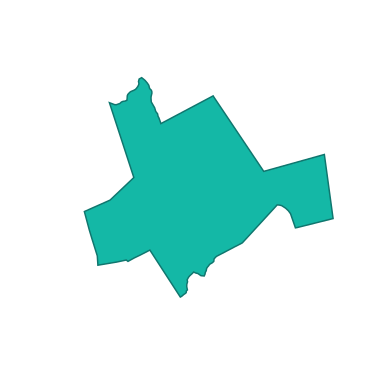 outline of Jerumenha, Piauí, Brazil, rotated 313°
{"feature_id": "56859067B83359970281182", "entity_name": "Jerumenha", "entity_type": "district", "adm_level": 2, "iso_a3": "BRA", "parent_name": "Brazil", "parent_adm1": "Piauí", "projection": "albers", "projection_center": [-43.534, -7.112], "detail": "fine", "context": "isolated", "style": "filled", "palette": "teal", "viewbox_px": 384, "rotation_deg": 313, "n_neighbors": 0, "source": "geoboundaries", "source_scale": "gbopen_adm2", "svg_char_len": 1438}
<svg xmlns="http://www.w3.org/2000/svg" viewBox="0 0 384 384"><g transform="rotate(313 192 192)"><path d="M214.7,81.8L212.9,81.1L211.2,79.7L209.6,79.0L207.6,78.9L204.2,77.1L203.1,75.8L201.0,70.7L162.9,139.6L130.2,137.6L129.0,137.1L104.3,126.6L94.3,142.6L90.1,149.8L80.7,166.3L74.3,173.1L89.4,184.7L97.4,190.3L97.6,192.5L104.6,194.8L110.2,197.0L120.8,200.8L107.2,255.1L108.7,255.6L111.5,255.9L113.2,256.3L114.4,256.4L115.7,255.4L117.3,255.4L118.1,254.2L119.2,252.7L120.3,251.7L121.2,251.0L123.3,250.0L124.5,248.3L127.4,247.6L129.0,247.5L130.6,247.6L132.8,247.8L134.6,247.8L135.3,250.0L136.4,251.9L136.9,255.6L138.9,258.2L140.9,257.5L142.2,256.6L144.1,256.1L146.1,254.8L148.0,254.5L149.3,254.5L150.4,254.3L152.0,254.4L153.5,255.0L156.0,255.3L158.1,253.8L160.4,253.7L161.9,253.9L179.8,260.2L181.1,260.6L182.3,261.1L189.1,263.5L215.9,263.3L240.7,263.1L242.2,265.1L243.2,266.9L244.0,271.4L244.0,275.3L243.3,278.9L236.3,292.1L237.8,293.2L268.8,313.3L309.7,263.2L256.0,230.4L276.3,143.4L276.7,141.9L220.8,122.6L221.6,121.2L223.8,116.9L224.1,115.7L225.7,113.5L226.2,110.5L228.1,107.3L230.1,100.8L232.4,98.3L233.6,97.2L236.9,95.3L238.0,94.2L238.7,92.9L238.8,90.4L240.6,87.6L241.2,85.0L241.6,81.6L241.5,79.7L241.3,77.2L238.6,76.3L236.3,77.5L235.2,79.1L234.2,79.8L232.2,80.4L229.7,80.7L228.3,80.6L226.7,80.1L223.9,78.8L222.5,78.5L219.7,78.5L218.5,78.9L217.4,79.7L216.4,80.6L214.7,81.8Z" fill="#14b8a6" stroke="#0f766e" stroke-width="1.5"/></g></svg>